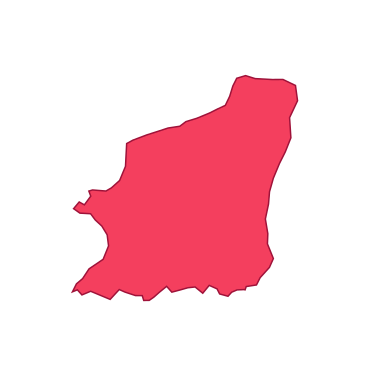 the district of Potamitissa, Limassol, Cyprus, rotated 204°
{"feature_id": "46923920B84846265665019", "entity_name": "Potamitissa", "entity_type": "district", "adm_level": 2, "iso_a3": "CYP", "parent_name": "Cyprus", "parent_adm1": "Limassol", "projection": "robinson", "projection_center": [32.989, 34.901], "detail": "fine", "context": "isolated", "style": "filled", "palette": "rose", "viewbox_px": 384, "rotation_deg": 204, "n_neighbors": 0, "source": "geoboundaries", "source_scale": "gbopen_adm2", "svg_char_len": 1178}
<svg xmlns="http://www.w3.org/2000/svg" viewBox="0 0 384 384"><g transform="rotate(204 192 192)"><path d="M260.6,52.2L256.9,56.0L250.7,53.2L244.2,60.1L223.1,60.6L218.8,73.3L212.5,73.3L201.5,74.4L195.3,77.1L192.0,73.3L187.0,75.6L184.1,80.4L181.1,87.0L176.8,95.5L169.7,92.3L163.0,97.7L156.9,102.8L150.5,106.5L141.0,103.9L138.3,113.7L129.7,113.7L125.3,110.1L116.7,111.4L115.0,116.6L111.0,120.9L104.8,124.0L103.7,124.2L104.0,127.7L95.3,133.3L94.9,141.5L90.6,154.6L90.6,164.3L102.0,175.3L105.8,184.8L114.0,197.2L117.2,212.1L121.3,223.8L123.3,237.7L123.7,253.8L123.1,266.6L123.7,281.7L133.1,299.6L132.7,318.3L140.8,331.4L154.7,331.8L164.4,327.4L179.6,321.6L180.3,321.3L190.4,320.1L197.4,314.1L197.6,309.5L197.8,305.5L196.5,294.8L196.8,284.7L202.2,278.5L208.1,271.3L209.6,269.7L217.7,261.2L226.2,253.8L229.9,247.1L239.9,240.7L248.2,233.2L256.5,225.8L267.1,215.3L271.4,209.7L263.2,188.4L262.8,173.1L267.3,163.0L271.0,157.9L283.7,153.4L286.6,150.9L282.8,147.0L285.1,136.5L291.0,137.0L293.4,128.6L285.8,127.1L275.8,130.9L269.0,127.1L260.5,124.2L252.1,118.4L246.3,108.8L245.8,94.4L254.8,79.9L256.7,68.4L260.2,61.1L260.6,52.2Z" fill="#f43f5e" stroke="#9f1239" stroke-width="1.5"/></g></svg>